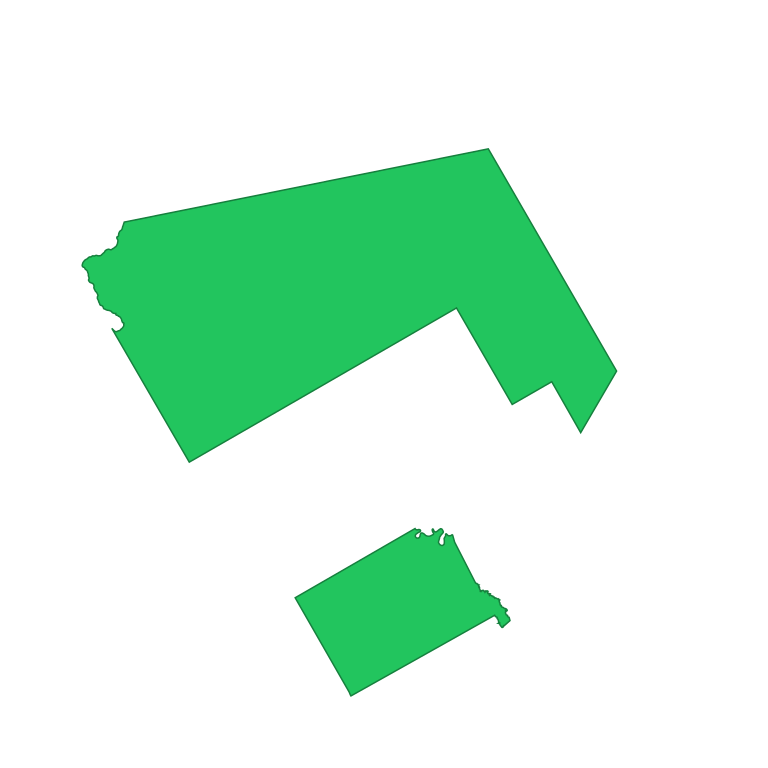 Telefomin District, Sandaun, Papua New Guinea, rotated 150°
{"feature_id": "67681753B11623984799605", "entity_name": "Telefomin District", "entity_type": "district", "adm_level": 2, "iso_a3": "PNG", "parent_name": "Papua New Guinea", "parent_adm1": "Sandaun", "projection": "mercator", "projection_center": [141.969, -4.517], "detail": "fine", "context": "isolated", "style": "filled", "palette": "green", "viewbox_px": 768, "rotation_deg": 150, "n_neighbors": 0, "source": "geoboundaries", "source_scale": "gbopen_adm2", "svg_char_len": 6028}
<svg xmlns="http://www.w3.org/2000/svg" viewBox="0 0 768 768"><g transform="rotate(150 384 384)"><path d="M283.2,302.2L237.6,302.1L238.0,243.5L176.1,278.9L176.1,535.5L528.0,654.1L529.1,653.1L529.4,652.9L529.7,652.6L530.6,651.7L530.8,651.6L531.3,651.2L531.6,651.0L532.8,649.7L533.1,649.5L533.4,649.1L534.3,648.6L535.7,648.5L536.7,648.2L537.5,647.7L538.5,646.9L539.0,646.3L539.5,645.5L540.2,644.9L540.4,644.9L540.8,644.8L541.5,644.9L541.8,644.8L542.2,644.3L542.2,644.1L542.4,644.0L542.5,643.2L542.5,641.8L542.9,640.9L543.4,640.3L544.9,638.6L546.7,637.4L547.7,637.0L549.2,637.0L550.1,636.7L551.0,636.7L551.1,636.8L551.8,636.8L552.2,636.7L552.5,636.6L552.9,636.6L553.6,636.9L554.1,637.4L554.8,638.2L555.0,638.4L555.5,638.6L556.7,638.9L558.3,638.9L558.7,638.7L559.1,638.7L559.4,638.5L559.7,638.2L560.1,638.0L560.6,637.8L561.4,637.7L561.7,637.6L562.0,637.6L562.3,637.5L564.0,637.1L564.3,636.9L565.7,637.0L567.6,638.0L568.2,638.7L568.6,639.1L569.2,639.4L570.1,639.6L570.7,639.6L571.1,639.8L571.9,640.5L572.4,640.7L573.3,640.7L574.2,640.6L575.6,641.3L576.0,641.3L576.5,641.3L578.2,640.9L578.7,640.8L580.1,640.9L581.4,640.8L581.7,640.6L582.0,640.6L582.5,640.3L583.1,640.1L584.1,639.6L584.8,639.0L585.9,637.9L586.2,637.4L586.3,637.0L586.3,636.5L586.2,635.9L585.9,635.4L585.5,635.1L585.3,634.7L585.2,634.3L585.2,633.4L585.3,633.3L585.3,632.9L585.2,632.5L584.6,631.2L584.5,630.8L584.5,630.1L584.5,629.7L584.7,629.2L584.9,628.3L584.9,627.5L585.1,626.9L585.7,626.1L585.8,625.8L586.0,625.2L586.2,624.3L586.3,623.5L586.5,623.0L586.9,622.6L587.4,622.4L587.6,622.1L587.9,621.7L588.1,621.3L588.1,620.7L588.0,620.4L588.0,619.7L587.8,619.0L587.6,618.7L586.6,617.5L585.9,616.3L585.8,616.1L585.8,614.9L585.9,614.6L586.0,614.2L586.3,613.6L587.1,612.5L587.2,612.2L587.4,611.2L587.4,610.9L587.4,609.8L587.5,609.5L587.5,608.8L587.5,608.4L587.2,607.7L587.2,607.4L587.1,607.0L587.1,605.6L587.3,604.4L587.3,603.8L587.4,603.7L587.6,603.5L587.9,603.3L588.1,603.2L588.7,602.7L589.0,602.2L589.5,601.3L589.6,599.0L589.8,598.1L590.0,597.9L590.0,597.3L590.0,596.5L590.3,595.0L590.3,594.6L590.3,594.3L590.0,593.8L589.4,593.2L588.8,592.2L588.8,590.8L589.0,590.1L589.0,589.3L588.8,588.9L588.4,588.6L587.6,587.3L587.3,587.0L586.9,586.4L586.3,585.9L585.5,585.3L584.7,584.5L584.6,584.3L584.1,583.7L583.8,583.0L583.7,582.1L583.6,581.9L583.6,581.7L583.4,581.4L583.1,580.8L581.8,579.6L581.0,579.2L581.4,578.6L581.5,578.1L581.5,577.8L581.2,577.3L580.6,576.9L580.2,576.1L580.2,575.8L580.0,575.6L580.0,575.3L579.5,574.8L579.1,573.9L579.0,573.1L578.9,571.8L579.1,571.0L579.5,569.7L579.5,569.1L579.5,568.8L579.7,568.2L579.6,567.9L579.6,567.7L579.4,567.5L579.1,567.4L578.9,567.2L578.9,566.5L579.5,565.9L580.1,564.7L580.5,564.3L581.0,564.0L583.1,563.1L584.4,563.0L585.3,562.6L585.8,562.5L586.6,562.6L587.7,562.9L589.2,563.0L589.9,563.3L590.4,563.8L590.9,564.5L591.9,568.3L591.7,413.7L481.2,413.6L283.2,413.6L283.2,302.2ZM401.6,114.4L393.2,116.1L392.4,119.0L392.4,119.6L392.8,119.9L393.0,120.4L393.2,121.0L392.8,121.5L392.7,121.8L392.9,122.2L393.2,122.4L393.6,123.2L393.4,124.1L393.3,125.0L393.0,125.6L392.7,125.7L392.4,125.8L392.3,126.0L392.2,126.8L391.9,127.1L391.4,127.1L391.2,126.9L391.1,126.6L391.0,126.1L390.6,126.2L390.4,126.6L390.4,127.3L390.5,127.8L390.9,128.5L391.3,129.0L391.7,129.1L391.9,129.3L392.2,130.2L392.4,130.7L392.7,131.1L393.1,131.5L393.4,131.8L393.3,132.0L393.4,132.4L393.6,132.8L393.2,133.2L393.2,133.7L393.6,133.9L393.7,134.2L393.8,134.6L393.7,134.9L393.4,135.5L393.4,135.9L393.3,136.2L393.0,136.7L393.0,136.9L393.1,137.2L393.1,137.6L392.9,138.1L392.7,138.4L391.9,138.9L391.7,139.1L392.0,139.4L392.5,139.7L392.5,139.9L392.3,140.2L392.2,140.6L392.6,140.6L393.1,141.1L393.7,142.1L393.9,142.4L394.6,143.2L395.2,143.0L395.3,143.4L395.1,144.3L395.5,144.4L395.9,145.0L395.7,145.5L395.8,146.0L396.3,146.1L396.7,146.7L397.4,148.5L397.9,148.1L398.4,148.1L398.2,149.1L397.6,149.1L397.0,149.3L397.5,149.7L398.1,150.3L398.8,150.7L398.4,151.4L398.5,152.4L397.6,152.5L397.9,153.1L399.5,154.0L400.1,153.4L400.6,153.2L400.5,153.8L400.5,154.4L401.2,155.0L401.3,155.8L402.7,156.2L403.7,155.7L404.3,156.2L403.8,157.1L403.6,159.1L403.1,159.7L403.5,160.3L402.9,160.8L403.2,161.4L402.9,162.1L402.2,162.4L402.9,163.0L402.8,163.6L403.3,164.0L403.2,164.7L403.7,165.2L404.1,165.6L404.2,166.1L401.9,211.7L400.1,218.8L400.4,219.4L401.7,219.3L402.2,219.4L403.8,220.1L404.4,221.0L404.8,222.6L405.0,223.1L405.3,223.2L405.6,223.2L406.0,222.8L406.3,222.1L406.8,221.5L407.8,221.0L408.5,220.6L409.0,220.3L409.3,220.0L409.5,219.4L409.9,218.7L410.0,218.3L411.1,216.4L412.1,215.2L413.4,214.9L414.3,215.0L415.0,215.5L415.7,216.4L416.1,217.9L416.1,219.0L416.0,219.6L415.3,220.5L413.1,222.6L412.5,223.4L411.7,223.9L410.7,224.3L410.1,224.7L407.8,225.4L406.9,225.9L406.6,226.2L406.5,226.5L406.4,227.1L406.3,228.0L406.4,228.9L406.4,229.3L406.5,229.6L407.2,230.3L407.4,230.4L409.2,230.3L410.7,230.0L411.3,229.9L412.7,229.9L412.9,229.9L413.6,230.3L413.8,230.6L414.0,231.1L414.2,231.7L414.2,232.2L414.0,233.1L414.0,233.7L414.1,233.9L414.3,234.1L414.5,234.1L414.9,233.9L415.2,233.6L415.6,232.6L415.8,231.1L415.7,230.1L415.9,229.6L416.2,229.2L416.5,229.0L419.7,229.2L420.8,229.5L421.5,229.9L422.2,230.3L423.3,231.5L423.7,232.2L423.8,232.7L424.0,233.1L424.2,234.0L424.6,234.7L425.1,235.6L425.7,236.1L426.2,236.3L426.8,236.3L427.1,236.1L427.7,235.7L428.8,234.4L429.2,234.0L429.6,233.7L430.5,233.4L431.4,233.4L431.6,233.5L432.2,233.9L432.8,234.4L433.1,235.3L433.1,236.2L433.0,236.5L432.7,237.0L432.0,237.7L431.5,237.9L430.4,238.0L429.3,238.2L426.5,238.1L426.0,238.3L425.8,238.5L425.6,238.9L425.6,239.5L425.9,240.0L426.6,240.6L427.8,240.9L428.3,241.2L428.9,241.7L429.3,242.2L429.4,242.9L429.4,243.3L567.8,243.3L568.2,134.5L568.6,131.7L568.6,130.4L403.8,128.4L403.8,126.9L403.6,126.6L403.0,125.8L402.7,125.3L403.1,124.8L403.3,124.2L403.0,123.4L403.0,122.8L403.4,121.6L403.6,120.6L403.7,120.3L403.3,119.5L403.7,119.4L404.3,119.7L404.8,119.7L403.6,118.6L403.9,117.8L404.0,117.0L403.6,114.3L403.0,113.9L402.5,113.9L402.2,114.3L401.6,114.7L401.6,114.4Z" fill="#22c55e" stroke="#15803d" stroke-width="1.5"/></g></svg>